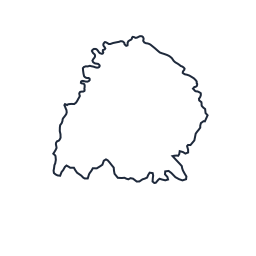 Byerazino, Minsk, Belarus (orthographic projection), rotated 40°
{"feature_id": "67162791B55727051267470", "entity_name": "Byerazino", "entity_type": "district", "adm_level": 2, "iso_a3": "BLR", "parent_name": "Belarus", "parent_adm1": "Minsk", "projection": "orthographic", "projection_center": [28.995, 53.791], "detail": "fine", "context": "isolated", "style": "outline", "palette": "slate", "viewbox_px": 256, "rotation_deg": 40, "n_neighbors": 0, "source": "geoboundaries", "source_scale": "gbopen_adm2", "svg_char_len": 3763}
<svg xmlns="http://www.w3.org/2000/svg" viewBox="0 0 256 256"><g transform="rotate(40 128 128)"><path d="M174.9,63.9L173.8,63.9L172.8,64.0L171.1,63.8L170.2,63.6L169.4,62.9L168.4,61.7L167.5,61.0L165.7,61.1L164.8,61.1L163.5,59.9L163.5,58.7L163.3,57.6L162.6,55.9L161.4,54.6L160.1,54.7L158.4,55.1L157.4,55.5L156.6,56.2L155.4,56.5L153.7,56.2L152.5,56.1L152.5,55.2L152.5,54.0L153.3,53.0L153.7,51.8L153.2,50.4L152.4,49.6L151.9,49.6L150.7,48.2L148.9,47.8L146.5,47.6L143.7,48.0L141.3,48.4L138.9,49.3L137.1,50.3L135.4,50.6L134.5,50.6L133.9,49.7L133.7,49.0L133.7,47.2L133.1,46.1L131.6,45.9L130.2,46.0L128.5,46.6L127.0,46.6L124.6,46.8L123.2,47.1L121.6,47.3L119.8,47.2L118.1,46.7L116.6,46.3L114.9,46.3L114.5,46.3L113.3,46.4L111.2,46.9L108.2,48.0L105.8,49.0L103.8,49.7L101.2,49.7L97.2,49.6L91.6,49.7L89.9,50.1L88.5,50.7L87.3,51.5L85.5,52.0L83.7,51.5L83.3,51.0L83.0,50.2L82.3,49.3L80.9,48.7L79.7,48.8L78.2,49.9L77.6,51.1L76.9,52.8L76.0,54.0L74.8,54.4L74.1,54.5L73.0,55.2L73.0,56.1L73.6,57.3L73.5,58.6L72.9,59.8L72.5,61.4L72.9,62.9L73.7,63.9L74.5,65.0L73.8,66.2L72.7,66.2L71.4,66.0L70.5,65.2L68.9,65.0L67.9,65.3L66.6,66.2L65.7,67.8L63.9,70.0L62.0,72.4L60.4,75.1L59.3,76.0L57.5,76.2L55.8,76.6L55.6,76.7L55.0,77.2L55.0,79.0L55.7,80.3L57.1,81.0L58.2,81.1L59.5,81.7L59.6,82.8L58.7,84.4L59.2,85.3L60.5,86.0L60.8,87.0L60.4,87.9L58.4,88.7L57.1,88.7L55.9,88.3L54.0,87.9L52.6,88.1L51.1,89.3L50.6,90.9L50.8,92.2L52.9,93.0L55.3,93.1L56.3,93.8L56.9,94.7L57.1,96.0L57.1,97.7L57.5,99.3L59.0,100.0L60.2,99.9L61.3,99.7L62.4,99.0L63.9,98.1L65.5,98.1L66.4,98.6L66.7,99.8L66.4,100.7L65.5,101.7L64.0,102.5L62.3,103.1L60.1,104.3L58.8,104.9L57.5,106.8L56.0,107.9L55.0,109.7L55.0,111.2L56.8,113.0L58.9,114.9L61.0,116.5L62.0,116.7L63.6,116.5L64.7,115.9L65.7,115.0L66.8,114.9L67.8,115.8L67.8,117.3L67.1,118.6L65.8,119.6L64.6,120.2L63.6,120.7L62.6,121.4L62.2,122.6L62.9,123.7L63.8,123.6L64.6,123.1L65.5,122.6L66.5,122.6L67.5,123.3L68.6,124.7L69.4,126.1L70.3,126.7L70.8,127.7L70.2,129.0L68.7,130.3L68.1,131.4L68.4,132.8L69.5,133.8L70.5,134.4L70.9,135.9L71.2,137.8L71.6,139.5L71.9,141.9L71.4,144.2L69.1,146.0L68.1,147.0L66.9,148.3L66.6,149.6L65.7,149.8L64.4,150.2L64.6,151.4L66.4,152.3L67.8,153.1L69.3,153.8L71.0,155.4L71.8,157.2L72.0,160.2L72.0,161.8L72.3,163.3L73.3,164.8L74.1,167.0L74.2,169.4L75.4,171.3L77.7,174.2L80.3,176.2L82.6,178.8L83.1,180.7L83.1,182.3L82.2,183.7L82.4,185.6L83.1,186.7L85.1,188.3L86.1,189.2L86.7,191.5L87.1,194.1L87.3,195.7L89.7,195.8L90.5,196.1L93.2,198.8L95.0,201.9L95.5,203.7L97.3,206.5L98.4,208.5L100.2,210.1L102.4,210.1L104.5,209.6L106.7,208.2L105.4,204.4L105.4,201.9L104.7,198.4L105.0,196.3L107.5,195.8L109.3,195.6L112.1,193.2L114.7,194.2L117.7,195.0L122.8,194.5L125.6,194.8L127.3,194.5L129.6,192.5L128.1,189.0L127.7,187.7L127.4,183.8L126.9,181.5L128.1,180.5L130.0,179.0L131.2,175.4L132.0,172.6L130.5,168.6L131.3,166.2L133.3,165.8L135.9,166.2L139.7,167.0L142.5,167.5L144.8,169.8L147.1,171.7L152.2,172.7L155.3,170.4L157.3,168.4L159.3,167.9L161.2,167.1L162.2,164.8L164.4,163.6L169.1,163.4L171.1,161.6L172.1,158.0L173.4,156.0L174.5,153.7L173.7,151.1L173.3,148.3L175.9,146.7L177.9,148.3L179.2,150.4L181.2,153.2L183.5,153.2L184.3,152.3L184.5,152.0L184.5,148.3L184.8,146.6L187.4,145.5L190.2,144.1L191.8,141.7L189.7,140.2L186.1,139.7L184.4,137.3L186.7,134.8L190.1,134.6L195.9,135.2L200.0,134.4L203.4,133.1L205.4,129.9L203.9,127.6L200.6,126.5L197.3,125.2L195.2,123.9L193.7,122.6L190.9,122.2L185.0,121.5L180.2,120.9L181.2,119.6L183.0,117.8L184.3,117.0L184.0,115.0L182.5,112.5L185.6,111.1L188.4,110.7L189.8,108.1L188.0,106.0L184.9,103.9L184.9,102.4L186.8,100.9L186.8,97.1L186.8,94.9L185.3,92.1L183.5,88.8L183.3,86.2L183.3,83.9L183.1,81.3L181.8,79.7L180.7,77.4L181.5,74.2L182.6,73.5L181.6,69.9L180.8,67.1L177.8,66.7L174.9,63.9Z" fill="none" stroke="#1e293b" stroke-width="2"/></g></svg>